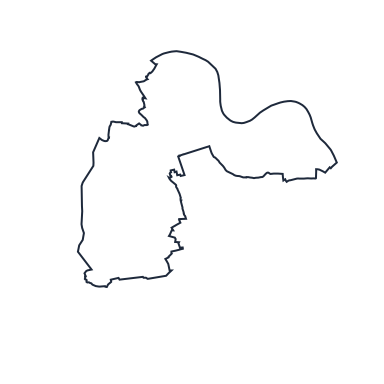 outline of Berg en Dal, Gelderland, Netherlands, rotated 32°
{"feature_id": "6326949B49757096528968", "entity_name": "Berg en Dal", "entity_type": "district", "adm_level": 2, "iso_a3": "NLD", "parent_name": "Netherlands", "parent_adm1": "Gelderland", "projection": "mercator", "projection_center": [5.939, 51.811], "detail": "fine", "context": "isolated", "style": "outline", "palette": "slate", "viewbox_px": 384, "rotation_deg": 32, "n_neighbors": 0, "source": "geoboundaries", "source_scale": "gbopen_adm2", "svg_char_len": 5761}
<svg xmlns="http://www.w3.org/2000/svg" viewBox="0 0 384 384"><g transform="rotate(32 192 192)"><path d="M95.2,245.4L106.1,262.2L109.1,266.5L115.4,277.9L117.9,280.7L122.1,284.1L124.7,290.5L124.6,297.0L126.9,303.1L147.9,311.0L144.9,313.9L144.2,315.1L143.9,317.9L144.8,318.5L145.4,319.0L146.2,319.5L145.8,319.8L146.1,320.4L146.5,320.2L146.6,320.4L146.7,321.0L147.0,321.6L147.2,322.5L147.7,322.7L149.0,322.4L149.2,322.5L149.4,322.6L149.6,323.0L150.1,324.1L150.9,324.2L151.1,324.2L152.2,323.4L152.7,323.2L153.7,323.2L155.1,322.8L156.1,323.2L156.8,323.3L160.2,322.8L162.8,321.7L163.9,321.1L168.1,318.0L168.4,318.3L169.5,318.0L170.1,317.7L170.0,316.7L169.9,315.8L169.9,314.7L171.1,311.1L170.7,310.5L169.6,309.4L175.2,303.8L177.0,304.7L195.3,290.0L196.3,290.4L196.9,290.0L198.2,289.2L198.5,289.1L199.4,289.1L200.2,289.2L200.7,288.9L201.2,288.5L214.4,276.8L214.5,276.5L214.9,274.5L215.2,273.1L216.0,270.2L216.2,269.4L214.6,270.4L210.0,265.6L207.3,264.1L204.9,262.9L206.8,259.8L206.4,259.3L206.9,257.4L207.4,255.2L207.2,255.2L206.9,254.7L206.1,253.4L209.3,250.3L211.4,248.1L212.8,246.5L214.3,245.0L214.0,244.6L213.5,244.0L211.3,245.6L207.7,242.7L207.6,241.5L204.2,243.3L203.1,240.6L202.8,240.5L202.5,240.3L201.6,239.8L200.6,240.1L195.8,241.5L195.8,239.7L195.1,235.1L195.9,234.8L196.4,234.5L193.6,233.1L196.3,228.0L198.4,224.2L195.9,222.5L196.1,222.2L195.6,221.7L201.1,217.9L200.1,217.1L200.0,216.9L198.9,216.0L198.3,215.9L197.1,215.3L196.6,214.8L196.4,214.6L196.5,214.5L195.3,213.3L193.6,211.9L192.7,211.1L192.0,210.0L191.4,209.5L188.2,206.5L187.6,205.7L187.4,204.9L186.9,205.2L185.9,203.9L185.6,203.3L185.6,202.9L185.1,202.5L182.5,200.2L178.7,197.7L178.3,197.4L177.7,197.0L177.7,196.9L176.4,196.4L176.0,196.2L175.5,195.6L175.1,195.0L175.1,194.8L174.9,194.6L174.4,194.4L171.5,194.0L168.4,193.6L166.6,193.0L165.7,192.6L164.9,192.1L165.3,192.1L165.5,192.0L165.7,191.5L166.3,190.7L166.6,190.0L165.8,189.4L165.3,189.9L163.3,188.1L163.3,187.4L163.8,186.4L163.2,186.0L162.5,185.0L165.0,182.5L166.8,184.4L168.0,182.9L170.6,185.6L172.8,183.5L173.9,184.4L176.7,181.6L161.5,169.2L162.4,168.1L162.0,167.8L163.3,166.5L164.7,164.6L164.9,164.6L182.4,144.0L185.4,146.5L187.1,147.9L188.3,148.8L191.8,150.7L192.3,150.7L193.1,150.5L193.3,150.6L194.4,150.7L196.5,151.2L197.7,151.4L198.5,151.7L199.8,152.4L200.6,152.6L204.4,153.5L205.5,153.9L206.5,154.3L208.8,155.5L210.0,155.8L210.7,155.9L211.6,155.8L217.0,155.2L218.0,155.2L218.9,155.3L220.8,154.9L221.4,154.6L221.9,154.4L223.2,153.7L224.1,153.3L227.6,152.5L228.0,152.3L228.6,151.9L230.5,150.8L230.5,150.6L230.4,150.4L232.0,149.5L233.4,149.0L235.5,148.0L237.2,147.4L238.6,146.1L240.6,144.7L242.6,142.8L243.5,142.2L243.8,141.9L244.0,141.5L244.3,140.7L244.4,140.2L244.8,137.9L245.1,136.8L245.4,136.0L245.9,135.5L246.1,135.3L246.7,135.1L248.5,135.2L249.0,135.1L251.8,132.9L255.4,130.7L259.3,128.6L261.0,130.9L262.3,132.5L263.4,133.8L264.0,132.3L264.3,131.8L265.0,132.3L265.6,132.7L266.9,133.2L267.7,131.4L268.4,130.5L269.1,130.0L269.6,129.5L273.9,125.0L274.6,124.5L275.8,123.8L279.7,121.4L282.8,119.1L283.9,118.5L286.4,117.1L287.3,116.4L289.7,115.0L289.8,114.6L286.5,108.9L285.2,106.9L286.4,106.2L288.2,105.5L292.2,105.1L294.7,105.0L295.7,98.1L297.1,98.3L297.4,96.3L299.2,90.3L293.0,86.0L287.9,83.0L286.8,82.5L279.2,80.0L277.2,79.6L272.8,78.8L266.8,76.1L263.0,74.0L261.6,73.0L259.3,71.3L257.4,69.7L253.2,65.9L250.9,64.2L249.4,63.3L248.0,62.5L245.1,61.0L242.4,60.2L239.6,59.8L236.2,59.9L234.5,60.1L232.4,60.5L231.0,61.0L227.7,62.4L225.1,64.2L222.1,66.7L219.6,69.2L218.0,71.1L215.2,74.6L213.5,76.7L212.4,78.8L209.2,85.1L207.6,88.7L205.6,95.7L204.5,98.8L203.4,100.9L201.1,103.9L199.5,105.8L198.7,106.5L197.7,107.3L192.4,109.9L190.9,110.4L189.5,110.8L187.5,111.0L186.2,111.0L182.1,110.5L179.2,109.7L177.9,109.3L176.5,108.6L174.3,107.2L170.7,103.7L169.7,102.5L168.7,101.3L167.8,100.1L166.9,98.6L161.8,90.8L157.5,85.0L152.5,79.1L149.8,76.8L146.6,75.0L136.6,73.0L133.6,73.0L130.4,73.4L126.0,73.8L120.5,74.7L119.7,74.9L113.3,77.0L108.3,79.0L104.4,80.7L103.4,81.4L102.2,82.3L100.4,83.7L98.7,85.3L95.7,88.4L94.6,89.6L93.7,90.8L90.2,96.7L88.6,100.2L87.7,102.3L93.0,103.1L94.4,102.4L94.4,102.8L94.6,106.0L94.7,107.6L94.6,108.5L94.5,110.8L93.8,113.2L93.0,113.3L92.6,114.5L92.5,114.9L92.8,115.5L92.6,116.7L92.8,117.8L92.6,117.9L92.2,118.1L91.3,119.1L91.9,118.8L92.1,118.8L92.4,118.9L93.2,119.5L94.5,119.9L94.1,120.3L94.0,120.6L93.4,121.6L92.7,123.2L92.3,123.8L89.6,126.3L89.2,126.8L88.4,127.2L87.4,127.7L86.9,128.2L86.6,128.2L86.3,128.7L88.0,129.6L90.6,130.6L91.1,130.9L93.7,132.9L95.7,134.0L99.4,135.6L102.8,137.2L101.0,137.9L100.4,137.8L100.2,138.1L100.5,139.1L101.4,139.6L101.2,140.0L102.6,141.0L103.2,141.2L103.3,141.2L103.7,141.6L104.3,142.2L105.5,143.4L105.9,144.0L106.1,144.4L106.0,144.7L106.5,144.9L107.1,145.1L107.0,145.4L106.5,146.3L106.2,147.3L106.1,147.5L105.4,148.0L104.8,149.1L104.2,150.3L104.2,150.6L104.1,150.9L104.2,151.7L104.4,152.2L105.3,152.8L105.7,153.0L108.2,153.4L111.2,154.1L112.9,154.2L115.5,155.2L116.2,155.6L116.7,155.9L118.3,157.9L118.8,158.3L118.7,158.5L118.5,158.9L118.3,159.1L116.2,160.4L115.5,161.6L115.2,161.8L114.3,162.1L113.8,162.3L113.7,162.2L110.8,161.9L109.5,165.0L109.7,165.6L109.3,165.8L108.9,166.5L108.7,166.8L108.5,167.0L107.8,167.3L102.6,168.2L102.3,168.2L101.8,168.4L101.6,167.8L96.1,170.8L95.5,170.0L90.5,173.1L88.1,173.9L87.2,174.5L86.9,175.0L86.5,175.1L86.4,175.2L86.8,176.0L86.8,176.4L86.9,176.7L87.2,177.3L87.5,178.8L87.4,179.8L87.6,180.7L88.6,183.0L88.7,183.3L88.8,183.3L89.3,184.5L90.1,186.2L90.8,187.7L92.5,190.2L92.8,189.9L93.0,190.3L92.8,190.8L92.8,191.4L92.8,191.8L93.1,192.8L93.0,193.4L92.8,193.7L92.6,194.0L91.7,194.7L90.7,195.2L88.4,195.6L87.7,195.6L84.8,195.3L87.1,210.7L93.0,219.4L94.5,222.1L94.3,240.6L94.3,241.4L94.4,242.3L95.2,245.4Z" fill="none" stroke="#1e293b" stroke-width="2"/></g></svg>